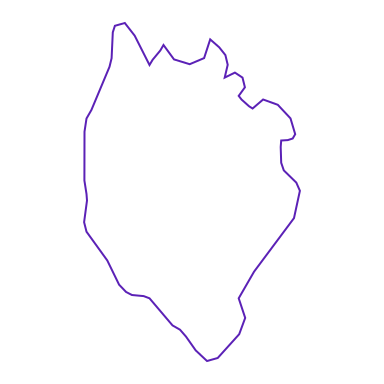 map outline of Marinduque (Equal Earth projection)
{"feature_id": "PHL-2569", "entity_name": "Marinduque", "entity_type": "Province", "adm_level": 1, "iso_a3": "PHL", "parent_name": "Philippines", "parent_adm1": "", "projection": "equal_earth", "projection_center": [121.977, 13.385], "detail": "fine", "context": "isolated", "style": "outline", "palette": "violet", "viewbox_px": 384, "rotation_deg": 0, "n_neighbors": 0, "source": "natural_earth", "source_scale": "10m", "svg_char_len": 851}
<svg xmlns="http://www.w3.org/2000/svg" viewBox="0 0 384 384"><path d="M281.2,162.8L283.8,170.4L296.3,182.6L299.9,190.8L294.0,218.1L254.1,271.6L238.7,298.3L245.2,317.9L239.2,334.2L217.7,358.0L207.0,361.0L195.7,350.4L186.0,336.6L180.0,329.7L172.5,325.4L149.5,298.3L143.7,296.1L131.9,295.0L126.1,292.0L119.1,284.7L107.3,260.5L86.5,231.7L84.1,222.2L87.0,200.5L86.5,194.0L84.4,180.5L84.5,131.7L86.5,118.5L91.4,110.0L109.5,66.8L111.6,58.2L112.8,32.3L114.9,25.8L124.8,23.0L134.7,35.7L149.5,65.0L152.6,59.8L160.3,50.5L163.5,45.0L174.0,59.4L189.7,64.2L204.1,58.1L210.2,39.4L219.2,47.3L225.4,55.1L227.7,64.8L224.7,77.6L234.9,72.6L242.5,77.6L244.9,87.3L238.7,95.9L241.6,99.6L249.1,106.3L252.6,108.5L263.1,99.5L277.8,104.8L290.5,118.4L295.2,134.2L292.7,138.5L287.8,140.1L281.2,140.5L280.7,147.0L281.2,162.8Z" fill="none" stroke="#5b21b6" stroke-width="2"/></svg>